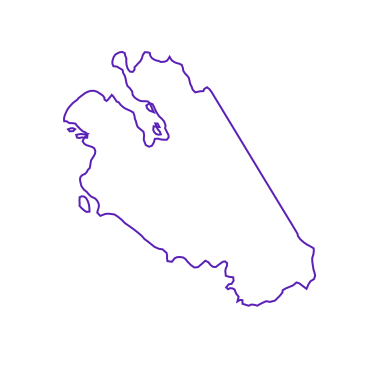 the district of Curuçá, Pará, Brazil, rotated 313°
{"feature_id": "56859067B29190348828298", "entity_name": "Curuçá", "entity_type": "district", "adm_level": 2, "iso_a3": "BRA", "parent_name": "Brazil", "parent_adm1": "Pará", "projection": "albers", "projection_center": [-47.873, -0.754], "detail": "fine", "context": "isolated", "style": "outline", "palette": "violet", "viewbox_px": 384, "rotation_deg": 313, "n_neighbors": 0, "source": "geoboundaries", "source_scale": "gbopen_adm2", "svg_char_len": 4185}
<svg xmlns="http://www.w3.org/2000/svg" viewBox="0 0 384 384"><g transform="rotate(313 192 192)"><path d="M158.3,76.2L154.5,77.4L153.8,80.3L154.3,82.9L155.4,85.2L156.9,88.5L157.3,90.7L156.0,93.4L153.8,95.0L151.5,95.6L146.4,96.6L144.4,97.8L142.1,99.4L139.8,100.9L137.4,100.7L135.1,101.4L132.3,101.5L129.9,100.3L127.2,100.1L125.0,101.3L123.3,103.4L120.9,107.1L120.0,111.3L120.3,114.7L119.9,118.2L119.9,121.3L121.2,125.6L121.0,128.5L119.9,131.5L118.3,133.5L116.3,134.7L114.3,135.6L112.3,136.8L112.0,141.2L116.9,143.6L119.2,145.7L122.7,150.6L123.4,154.7L123.7,159.3L123.5,164.1L125.0,175.0L125.5,180.9L125.6,185.3L125.2,189.5L125.7,193.7L126.3,202.0L127.9,206.6L130.0,209.6L130.0,212.0L130.2,214.7L128.7,217.0L126.3,219.1L124.7,221.2L127.3,224.9L131.5,224.5L133.8,225.3L136.0,227.2L138.1,230.2L138.5,233.0L138.0,236.4L137.8,241.2L138.4,245.2L141.1,247.6L145.9,248.2L150.8,248.6L151.8,251.8L151.3,255.1L151.5,258.2L153.4,260.6L156.9,261.1L162.0,262.1L163.8,263.5L163.9,266.2L161.7,268.0L159.4,268.7L157.1,270.1L153.8,273.8L155.1,276.7L157.7,280.3L155.5,282.9L151.9,283.6L149.6,281.8L145.5,282.1L145.5,284.7L147.6,285.4L149.2,287.5L149.7,289.8L147.8,293.5L147.2,297.5L145.1,298.7L142.9,299.9L145.9,300.8L147.3,302.6L144.7,305.2L147.5,311.0L150.2,312.2L152.0,314.5L153.4,317.3L155.5,317.9L159.1,319.2L162.7,320.7L164.9,324.1L169.1,326.7L172.2,326.9L176.2,327.0L180.1,326.7L182.0,325.3L185.6,326.4L192.6,329.6L197.1,330.1L198.3,332.6L199.3,341.8L203.8,340.2L207.4,339.5L211.5,340.6L214.7,339.2L216.7,336.4L217.8,334.3L219.4,332.1L222.9,327.7L225.6,325.0L228.8,323.5L231.5,321.7L233.8,319.4L232.8,315.0L232.0,312.2L231.4,308.3L231.3,303.4L232.0,299.6L233.5,297.4L236.6,286.6L238.6,279.4L251.3,234.2L262.4,195.0L272.4,159.6L273.6,155.4L277.4,141.8L278.4,138.5L279.1,134.7L278.8,131.5L275.7,130.7L273.6,131.5L271.0,129.1L267.1,126.4L267.3,122.7L269.0,119.4L269.8,117.1L272.1,113.7L273.3,111.8L273.7,109.7L274.0,105.9L274.7,103.0L276.4,100.9L278.0,97.8L277.0,94.9L275.7,92.6L274.9,90.2L274.5,87.3L275.6,83.4L273.1,84.0L270.8,84.1L268.5,83.0L265.9,80.6L265.0,78.0L263.6,75.8L262.9,73.4L262.6,71.2L263.3,68.4L264.9,66.2L263.7,64.0L261.9,62.1L258.7,62.6L255.0,64.4L252.2,65.0L248.7,64.9L246.5,65.0L244.1,64.9L242.3,66.5L239.5,66.8L237.8,64.7L238.0,62.3L238.7,60.1L240.3,57.5L242.7,54.8L245.0,52.8L246.2,50.1L247.7,48.1L246.9,45.6L245.0,43.9L242.6,42.9L240.3,42.2L237.2,42.7L233.6,44.4L231.5,46.3L230.4,48.7L232.5,51.6L233.3,55.1L233.9,58.0L232.1,60.5L231.1,63.7L229.8,65.9L228.2,68.1L226.7,70.1L225.5,72.6L225.5,76.0L224.7,79.7L222.4,82.6L222.0,86.0L222.5,89.4L223.3,91.9L224.6,93.8L226.6,96.0L228.2,98.1L228.1,100.5L229.3,103.2L228.5,105.7L226.3,110.9L224.9,116.3L225.0,119.9L224.6,123.4L222.8,127.1L220.2,129.0L218.6,133.2L217.7,135.8L216.0,137.7L213.0,137.9L210.2,134.8L208.9,132.8L207.8,130.7L205.5,128.6L202.2,130.3L198.5,131.1L195.9,129.8L194.8,126.2L197.2,121.2L201.1,118.0L203.0,115.4L202.8,113.1L202.7,110.7L202.5,108.1L203.6,105.6L205.5,102.8L206.4,100.6L208.6,97.8L210.1,94.9L209.4,91.8L208.4,88.8L207.4,85.8L207.1,82.8L207.1,80.0L207.6,77.3L206.8,75.2L207.4,72.8L208.2,69.4L208.3,67.1L205.5,67.4L202.7,67.6L200.3,67.4L199.9,65.1L201.3,63.5L201.7,61.1L201.2,57.6L200.6,54.2L199.2,51.3L196.7,48.8L194.1,47.4L191.3,46.3L188.7,45.9L186.1,45.4L183.3,45.0L180.7,45.1L178.5,44.6L175.8,44.2L172.0,44.2L168.9,44.4L166.8,44.8L163.9,45.7L160.6,47.0L158.4,48.3L156.6,50.3L158.2,52.0L158.7,55.2L161.1,58.0L162.5,60.1L162.0,62.9L161.8,67.1L161.9,70.8L162.8,73.2L163.1,76.1L160.2,78.3L158.3,76.2ZM110.2,128.0L112.5,125.2L114.4,121.7L115.4,118.4L115.0,116.2L113.8,114.4L111.6,113.4L108.9,115.6L107.1,117.6L105.2,119.1L104.9,122.0L105.0,125.8L105.5,128.4L107.7,130.4L110.2,128.0ZM215.5,121.8L213.9,119.1L211.1,121.2L210.1,123.2L209.9,126.2L211.1,128.5L212.9,129.9L214.2,127.3L214.6,123.8L215.5,121.8ZM163.1,76.1L160.4,73.6L158.9,71.5L157.2,70.0L154.8,68.4L153.4,70.8L154.7,72.8L156.9,74.3L158.3,76.2L163.1,76.1ZM228.1,100.5L224.1,99.6L222.7,102.0L222.5,105.2L224.3,109.7L225.4,106.7L226.4,104.6L228.1,100.5ZM157.4,61.3L155.8,59.8L153.3,58.6L153.0,61.2L155.5,63.6L158.2,63.7L157.4,61.3ZM215.5,121.8L217.3,123.9L218.6,120.1L217.1,118.4L215.5,121.8Z" fill="none" stroke="#5b21b6" stroke-width="2"/></g></svg>